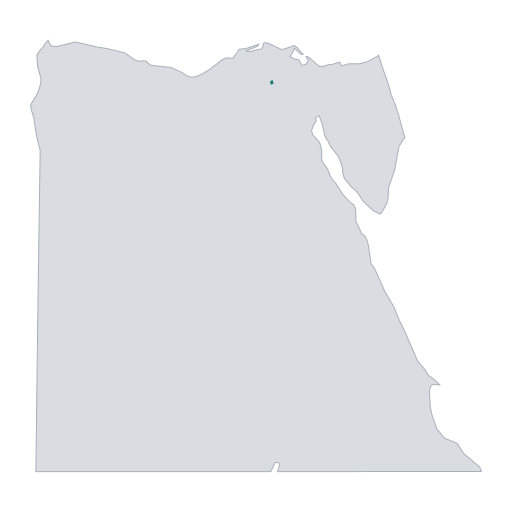 Mit Ghamr, Ad Daqahliyah, Egypt shown in context
{"feature_id": "37247803B10909701940084", "entity_name": "Mit Ghamr", "entity_type": "district", "adm_level": 2, "iso_a3": "EGY", "parent_name": "Egypt", "parent_adm1": "Ad Daqahliyah", "projection": "natural_earth1", "projection_center": [31.269, 30.712], "detail": "fine", "context": "in_parent", "style": "filled", "palette": "teal", "viewbox_px": 512, "rotation_deg": 0, "n_neighbors": 0, "source": "geoboundaries", "source_scale": "gbopen_adm2", "svg_char_len": 3485}
<svg xmlns="http://www.w3.org/2000/svg" viewBox="0 0 512 512"><path d="M481.3,471.5L469.0,471.5L456.7,471.5L444.4,471.5L432.1,471.5L419.8,471.5L407.5,471.5L395.3,471.5L383.0,471.5L370.7,471.5L358.4,471.6L346.1,471.6L333.8,471.6L321.5,471.6L309.2,471.6L296.9,471.6L284.7,471.6L277.6,471.6L278.8,467.6L279.6,464.8L278.8,462.8L276.4,462.4L274.8,463.0L271.1,471.3L269.2,471.6L264.8,471.6L250.5,471.6L236.2,471.6L221.9,471.6L207.6,471.6L193.3,471.6L179.0,471.6L164.7,471.6L150.4,471.6L136.1,471.6L121.8,471.6L107.4,471.6L93.1,471.6L78.8,471.6L64.5,471.6L50.2,471.6L35.9,471.6L36.0,461.6L36.1,451.5L36.2,441.5L36.4,431.5L36.5,421.5L36.6,411.5L36.7,401.5L36.8,391.4L37.0,381.4L37.1,371.4L37.2,361.4L37.3,351.4L37.5,341.3L37.6,331.3L37.7,321.3L37.9,311.3L38.0,301.2L38.1,291.2L38.3,281.2L38.4,271.2L38.6,261.1L38.7,251.1L38.8,241.1L39.0,231.1L39.1,221.0L39.3,211.0L39.4,201.0L39.6,190.9L39.7,180.9L39.9,170.9L40.0,160.9L40.2,150.8L39.9,149.0L37.9,142.1L36.2,133.5L34.4,122.8L34.2,119.4L31.0,108.4L30.7,105.3L31.6,103.1L37.3,93.9L39.0,89.4L40.5,84.0L41.1,79.6L39.5,72.9L37.7,66.9L37.2,60.7L37.0,54.7L39.9,50.5L43.4,46.7L44.7,44.3L46.7,41.6L48.2,40.4L50.8,45.8L56.5,46.7L75.2,41.9L95.8,46.8L107.1,48.6L124.6,52.8L135.2,60.1L138.1,61.1L145.8,60.9L150.7,65.3L170.7,67.4L181.4,72.2L187.4,76.0L191.1,77.2L194.3,77.0L198.6,75.6L204.1,72.9L210.1,69.1L222.5,59.5L226.9,57.8L229.7,58.2L233.2,58.1L234.7,55.5L236.5,53.7L237.6,51.7L239.5,49.2L246.0,48.5L258.8,44.3L257.4,46.3L245.7,51.0L250.7,51.6L255.8,50.0L261.7,49.0L262.7,47.0L263.5,43.2L264.7,42.7L268.7,43.4L280.8,49.2L283.8,49.3L292.3,46.1L294.1,45.5L296.8,47.2L303.1,54.4L300.9,54.3L294.2,48.1L293.6,51.2L289.8,56.6L294.6,58.9L298.5,59.8L300.6,62.8L301.9,65.5L305.7,64.3L308.5,60.7L307.0,58.6L306.1,56.5L307.3,56.5L310.0,58.2L317.6,65.1L320.2,66.6L323.2,66.3L329.4,64.4L331.1,64.7L339.5,62.1L340.5,64.0L341.8,65.9L348.5,63.8L359.1,63.8L367.7,61.6L377.7,56.1L378.5,55.2L379.0,56.6L380.2,60.3L383.3,69.9L386.0,77.3L389.4,87.7L390.4,91.6L390.9,94.4L395.7,105.7L398.6,115.1L400.7,122.7L403.7,133.8L405.0,137.6L403.0,139.6L398.9,146.9L394.7,169.8L388.6,187.6L388.0,198.8L387.0,202.9L384.0,208.6L380.4,214.1L373.9,211.2L363.4,201.5L357.2,192.2L350.6,186.2L344.3,178.3L342.6,172.5L342.7,168.9L339.9,159.9L337.9,155.7L330.3,146.2L328.1,141.1L326.5,138.9L324.8,135.6L322.0,123.3L319.0,115.5L315.6,117.6L316.2,120.9L313.3,125.5L311.5,130.8L312.9,135.1L319.1,141.7L320.3,144.6L321.8,150.8L321.6,159.3L322.6,162.2L327.2,168.5L328.9,172.2L329.9,175.4L331.5,178.4L336.1,183.9L342.7,194.3L349.0,201.3L353.6,204.7L355.5,208.2L356.0,216.9L355.7,221.1L359.7,229.0L361.2,233.0L365.1,236.3L366.9,240.0L368.5,246.1L371.1,263.9L374.5,268.3L385.0,291.8L393.8,306.7L398.2,317.8L404.7,331.3L417.6,361.0L425.3,370.1L428.3,375.3L433.8,379.2L439.8,384.9L434.1,384.4L432.7,384.7L430.8,385.7L429.8,389.2L429.4,392.0L430.3,407.0L431.9,414.7L437.0,429.2L440.7,433.5L442.6,436.3L445.1,438.4L457.0,443.3L464.0,453.8L479.7,467.0L481.2,470.7L481.3,471.5Z" fill="#d9dde1" stroke="#a8b0b8" stroke-width="1"/><path d="M271.6,83.6L271.8,83.5L271.9,83.4L272.0,83.4L272.3,83.4L272.4,83.5L272.5,83.6L272.5,83.8L272.5,83.7L272.6,83.4L272.7,83.2L272.6,82.9L272.5,82.6L272.4,82.4L272.2,82.2L272.2,81.9L272.2,81.7L272.3,81.6L272.3,81.4L272.2,81.4L272.1,81.2L271.7,81.4L271.5,81.5L271.4,81.5L271.2,81.6L271.0,81.8L270.9,81.9L270.9,82.0L270.9,82.3L271.0,82.5L271.2,82.8L271.3,82.8L271.3,83.0L271.5,83.2L271.5,83.3L271.6,83.5L271.6,83.6Z" fill="#14b8a6" stroke="#0f766e" stroke-width="1.5"/></svg>